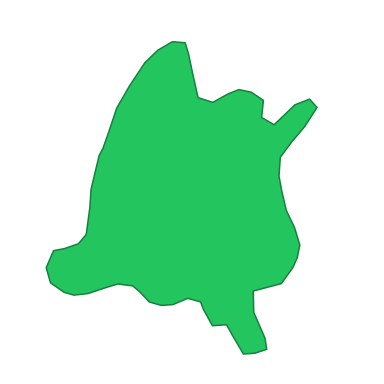 outline of Minsk City, City of Minsk, Belarus, rotated 106°
{"feature_id": "67162791B57724394311820", "entity_name": "Minsk City", "entity_type": "district", "adm_level": 2, "iso_a3": "BLR", "parent_name": "Belarus", "parent_adm1": "City of Minsk", "projection": "orthographic", "projection_center": [27.611, 53.884], "detail": "fine", "context": "isolated", "style": "filled", "palette": "green", "viewbox_px": 384, "rotation_deg": 106, "n_neighbors": 0, "source": "geoboundaries", "source_scale": "gbopen_adm2", "svg_char_len": 923}
<svg xmlns="http://www.w3.org/2000/svg" viewBox="0 0 384 384"><g transform="rotate(106 192 192)"><path d="M322.6,76.8L312.4,81.5L290.6,99.5L270.3,105.8L255.4,80.8L236.8,74.2L226.3,72.7L213.3,73.7L197.8,83.7L183.8,96.2L166.8,105.7L152.8,112.7L134.3,116.7L116.8,110.1L97.8,101.6L76.3,95.1L70.3,104.5L79.8,117.1L104.7,131.6L101.2,145.6L84.2,148.6L79.7,162.6L80.6,175.1L87.6,184.2L100.1,196.7L99.6,212.2L78.5,223.7L60.5,233.2L50.4,239.7L52.9,252.2L64.9,263.8L80.5,272.9L107.5,281.4L132.1,287.5L155.7,288.5L174.1,289.6L175.6,289.9L182.7,291.3L217.1,289.8L235.2,285.9L262.0,282.0L273.0,286.9L281.6,299.1L286.5,308.9L304.9,311.3L318.3,303.0L323.7,287.3L323.7,277.1L318.2,263.8L308.0,249.0L300.9,238.0L298.6,223.1L302.5,214.5L309.5,202.8L309.5,190.2L305.5,179.3L295.4,166.8L295.3,153.5L301.6,148.8L314.9,135.5L310.1,122.2L318.7,113.6L333.6,97.9L329.6,87.0L322.6,76.8Z" fill="#22c55e" stroke="#15803d" stroke-width="1.5"/></g></svg>